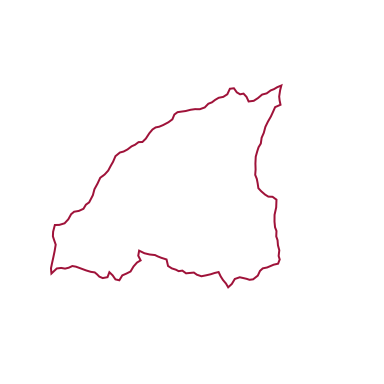 Rio Acima, Minas Gerais, Brazil (Equal Earth projection), rotated 26°
{"feature_id": "56859067B29785661724315", "entity_name": "Rio Acima", "entity_type": "district", "adm_level": 2, "iso_a3": "BRA", "parent_name": "Brazil", "parent_adm1": "Minas Gerais", "projection": "equal_earth", "projection_center": [-43.772, -20.098], "detail": "fine", "context": "isolated", "style": "outline", "palette": "rose", "viewbox_px": 384, "rotation_deg": 26, "n_neighbors": 0, "source": "geoboundaries", "source_scale": "gbopen_adm2", "svg_char_len": 2198}
<svg xmlns="http://www.w3.org/2000/svg" viewBox="0 0 384 384"><g transform="rotate(26 192 192)"><path d="M225.6,57.1L222.7,60.4L220.6,63.6L218.2,66.2L215.9,70.6L212.3,73.7L210.1,78.7L207.5,83.0L203.2,85.8L199.3,82.6L195.2,81.0L192.4,83.1L188.6,82.8L184.2,80.4L180.8,82.6L180.9,88.7L178.4,92.8L174.7,95.6L172.4,99.1L170.6,102.7L168.0,105.5L166.4,110.4L162.7,114.2L158.4,116.2L154.7,118.7L150.8,122.0L147.5,124.2L144.0,126.6L142.2,130.1L142.5,135.3L140.2,139.7L136.7,144.5L133.9,147.7L131.0,149.9L129.1,153.1L127.9,157.9L127.1,164.3L125.5,168.8L122.1,170.6L120.1,174.5L117.7,177.4L115.4,182.0L112.8,185.6L109.9,188.1L107.5,193.3L107.8,199.5L107.5,203.9L107.3,209.5L105.8,214.6L103.3,219.4L103.4,225.8L103.1,232.3L104.3,238.3L104.1,246.4L102.2,249.9L101.8,254.7L98.6,258.6L94.7,261.4L93.1,264.9L92.8,270.7L91.2,276.0L87.2,279.7L83.2,281.8L84.6,288.6L86.4,292.8L88.8,295.3L92.6,299.1L94.5,305.6L96.1,311.9L97.3,316.9L98.7,322.4L101.4,326.9L104.0,320.0L107.7,317.6L111.5,316.5L114.4,314.1L116.9,311.0L120.4,310.0L125.2,309.5L131.2,308.9L136.1,308.1L139.8,306.9L142.7,307.6L145.8,308.7L149.5,308.5L153.4,305.6L152.9,300.3L157.2,301.7L161.5,304.1L165.4,303.2L165.9,297.5L168.8,294.1L171.6,290.4L172.1,284.5L173.5,279.5L175.8,276.0L171.6,272.8L170.2,267.9L176.1,267.9L181.4,266.7L186.4,264.9L189.4,264.9L193.3,264.6L198.7,263.8L202.9,269.0L207.4,269.5L211.6,268.9L214.7,269.0L217.8,266.9L222.3,267.7L226.2,265.3L229.0,263.6L232.7,264.2L237.4,263.6L241.2,260.7L244.9,257.7L247.8,254.9L251.0,252.3L254.8,255.3L258.4,257.5L262.7,259.4L266.3,261.8L268.1,257.2L268.6,251.4L272.3,247.7L276.1,246.8L279.2,246.1L282.2,245.7L285.2,243.7L287.8,238.3L287.7,233.1L289.1,229.6L292.6,226.9L297.3,221.5L300.8,218.7L300.4,214.2L297.9,211.5L296.0,206.1L292.6,202.2L290.0,197.8L287.2,195.0L285.0,190.0L282.1,187.3L279.1,182.4L276.2,176.3L274.4,168.9L271.3,161.9L266.5,161.0L262.6,162.7L258.8,162.3L253.9,161.0L250.0,159.5L247.2,155.4L244.5,151.8L241.3,148.9L239.3,143.9L236.5,138.6L233.8,132.3L232.8,126.8L232.2,122.6L232.6,118.3L230.8,112.7L230.6,107.4L229.4,101.3L229.4,95.5L229.8,89.6L229.7,84.9L229.5,79.3L233.3,74.8L230.6,71.3L228.5,68.0L226.6,61.9L225.6,57.1Z" fill="none" stroke="#9f1239" stroke-width="2"/></g></svg>